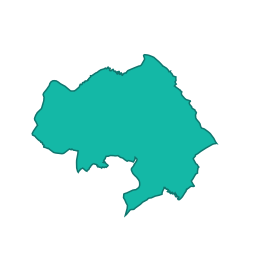 the district of Non Thai, Nakhon Ratchasima, Thailand, rotated 222°
{"feature_id": "78962969B14753651258608", "entity_name": "Non Thai", "entity_type": "district", "adm_level": 2, "iso_a3": "THA", "parent_name": "Thailand", "parent_adm1": "Nakhon Ratchasima", "projection": "mercator", "projection_center": [102.011, 15.192], "detail": "fine", "context": "isolated", "style": "filled", "palette": "teal", "viewbox_px": 256, "rotation_deg": 222, "n_neighbors": 0, "source": "geoboundaries", "source_scale": "gbopen_adm2", "svg_char_len": 5752}
<svg xmlns="http://www.w3.org/2000/svg" viewBox="0 0 256 256"><g transform="rotate(222 128 128)"><path d="M51.8,175.9L53.7,176.3L57.3,177.7L62.7,178.8L64.2,178.9L66.5,178.8L70.2,178.4L71.1,178.2L73.2,177.2L74.0,177.3L75.1,177.8L77.2,179.2L78.9,179.7L83.0,180.3L84.4,180.8L86.6,182.9L87.1,184.4L87.3,184.6L87.4,185.1L88.7,185.6L89.7,185.7L90.4,186.2L91.2,186.1L91.9,185.7L92.4,185.8L94.3,185.7L94.9,186.4L97.9,186.8L99.1,187.4L99.7,188.5L99.5,189.5L99.9,189.8L103.9,188.0L105.8,187.9L109.8,188.4L110.8,188.9L111.9,189.8L112.1,190.8L113.9,190.7L114.0,191.0L114.5,191.1L115.5,190.8L116.9,190.8L117.8,190.6L119.4,190.6L119.9,190.3L121.1,190.5L121.6,190.3L121.8,190.9L121.5,192.9L122.9,193.2L123.9,193.8L124.1,195.4L126.1,197.3L126.5,198.0L129.2,196.8L132.1,197.8L133.4,197.7L134.0,198.0L134.3,198.0L134.5,198.5L135.2,197.3L136.7,197.9L139.3,198.2L143.4,197.5L143.8,197.2L144.2,197.5L149.0,197.9L156.0,197.8L157.4,197.4L161.1,196.0L162.5,195.2L164.7,193.6L165.0,193.0L164.8,192.2L162.5,190.9L161.8,190.3L161.5,189.7L160.3,184.2L160.3,183.1L160.7,182.1L161.3,181.4L163.4,177.2L166.3,171.0L166.5,170.4L166.5,168.6L166.2,167.7L166.9,167.1L167.2,166.3L167.5,166.1L167.5,165.0L167.8,164.7L167.4,163.5L167.8,163.3L168.4,164.1L169.0,163.7L169.4,164.3L169.8,164.4L169.9,163.9L170.3,163.7L170.1,163.4L169.7,163.4L169.6,163.1L169.9,162.9L170.0,162.4L170.5,162.3L171.5,162.9L171.2,163.2L171.3,163.5L171.7,163.6L172.2,164.0L172.6,164.0L172.7,163.7L172.4,163.2L173.6,162.6L173.7,162.4L172.8,162.0L172.6,161.6L172.0,161.5L171.9,161.2L172.1,161.0L172.7,160.9L173.6,161.7L174.3,161.2L175.3,161.8L175.6,161.7L175.7,161.2L176.2,160.8L178.3,161.6L178.8,160.7L178.7,160.2L178.8,159.4L179.6,158.6L180.2,158.5L180.6,158.8L180.8,160.0L181.2,160.4L182.0,160.0L182.4,159.4L183.5,159.9L183.7,159.3L183.4,158.3L183.7,158.1L183.8,157.5L184.9,157.4L185.4,155.8L187.1,153.1L187.9,150.3L188.0,149.0L188.8,147.2L189.9,142.5L190.8,141.8L190.0,140.9L190.2,138.5L189.7,137.2L190.1,137.0L189.9,136.0L190.1,135.4L190.9,134.7L191.2,134.3L191.3,133.8L191.0,133.6L190.9,132.6L191.5,132.4L191.8,131.9L191.8,131.4L192.0,131.2L191.9,130.9L191.4,129.3L191.9,128.9L192.5,128.8L192.7,128.5L192.2,127.0L191.7,126.2L191.7,125.4L192.2,121.3L192.7,119.6L194.7,117.7L195.7,117.1L202.6,116.9L208.1,115.6L210.4,115.5L212.8,115.0L214.5,113.8L215.5,112.7L216.1,110.8L215.8,108.7L214.9,106.9L214.3,102.4L214.1,98.1L213.8,96.9L213.4,96.0L210.7,94.5L210.4,93.9L209.7,93.1L208.7,91.7L205.3,84.6L205.7,78.7L205.2,76.5L205.2,76.0L204.1,73.2L203.7,72.4L202.7,71.6L200.1,70.8L197.0,69.5L197.0,68.3L196.2,62.4L195.9,61.4L195.5,59.8L194.2,58.9L193.7,59.1L191.5,59.7L190.2,59.4L187.3,59.2L185.1,59.3L184.4,59.7L183.3,59.1L182.9,59.5L182.2,59.8L181.8,59.4L181.5,59.6L181.1,59.4L181.0,59.1L180.2,58.7L178.9,59.0L178.3,58.3L178.2,57.8L177.8,57.5L177.6,57.8L177.1,57.8L176.5,58.2L173.9,59.1L173.7,59.3L173.7,59.5L167.8,60.0L166.7,60.2L165.0,61.1L159.9,64.7L159.1,65.7L158.7,66.6L157.5,73.2L155.7,73.8L155.6,74.8L153.6,75.1L152.7,75.8L150.5,77.0L150.2,77.5L149.8,77.6L148.1,75.4L144.7,69.8L143.1,67.9L139.4,64.0L136.5,62.1L135.3,61.8L135.6,63.4L135.5,64.5L135.8,65.2L134.8,67.9L132.5,68.0L131.6,67.9L130.6,68.0L129.6,68.4L129.9,68.9L129.9,69.3L129.4,70.7L129.6,71.9L130.0,72.6L129.9,74.1L130.2,74.7L130.2,76.5L129.9,77.8L129.4,78.7L128.3,79.0L127.5,79.6L126.5,79.8L126.3,79.8L126.3,79.4L124.6,78.9L124.4,79.7L123.4,79.5L122.1,80.4L120.9,80.6L121.1,81.0L121.0,81.8L120.6,81.8L120.5,81.7L120.2,81.9L119.8,82.6L119.0,82.9L118.8,83.9L117.8,84.3L117.8,85.4L117.6,85.8L117.8,86.9L120.6,86.8L122.3,87.2L122.6,86.2L123.4,85.8L123.5,87.5L124.2,87.5L124.4,88.5L124.4,90.0L124.7,90.3L125.3,92.3L123.8,93.8L122.8,95.7L120.4,97.7L118.9,98.7L116.9,100.8L113.9,101.1L112.9,101.7L111.2,102.3L109.8,102.2L106.6,102.7L106.3,102.9L106.1,103.8L105.7,104.2L103.2,105.6L101.3,106.3L101.9,109.4L102.4,109.8L103.1,111.0L102.5,111.0L100.5,110.9L100.0,110.4L99.4,108.8L99.5,108.6L99.2,107.1L99.1,105.3L98.9,105.3L98.5,103.7L98.4,102.6L98.3,100.3L97.5,99.1L95.9,98.3L93.9,97.5L91.4,97.2L88.7,97.2L85.2,96.5L84.1,96.1L83.1,95.4L81.8,94.2L80.8,92.9L80.3,91.6L80.2,90.7L80.8,87.6L82.8,85.1L85.4,79.0L86.7,76.8L86.9,76.1L84.7,73.2L82.1,72.4L79.1,71.0L77.0,70.3L76.5,70.0L74.8,67.7L71.5,61.2L71.3,62.7L71.6,68.5L71.1,69.5L69.6,71.0L69.2,71.6L69.0,73.7L67.7,79.6L67.5,82.7L65.8,87.5L65.8,89.2L65.5,89.9L63.9,91.8L62.2,95.6L60.0,98.7L58.4,101.5L59.3,102.7L59.7,103.4L60.3,105.1L60.7,106.7L61.4,108.0L60.9,108.4L60.6,108.0L60.4,108.5L60.0,108.4L60.0,108.1L58.9,108.2L58.5,108.6L58.2,108.4L57.6,108.9L56.9,109.1L56.3,108.1L56.0,108.1L56.1,107.7L55.9,107.8L55.8,107.6L56.0,107.4L55.9,107.2L54.8,107.7L55.1,108.1L54.5,108.7L54.6,109.0L54.3,108.9L54.2,108.5L53.5,107.9L53.2,108.0L53.1,107.8L52.5,107.8L52.4,108.0L52.7,108.4L52.7,108.8L52.3,109.2L52.2,109.7L51.9,109.6L51.8,109.1L50.9,108.8L50.7,109.2L50.4,109.4L50.4,109.7L50.2,110.2L49.8,110.0L49.7,110.3L49.3,110.2L49.3,110.5L49.1,110.6L48.6,109.8L48.3,110.4L48.6,110.8L48.1,110.6L48.1,110.9L47.8,111.0L47.6,110.9L47.5,110.4L46.9,110.2L47.2,109.3L47.6,109.2L47.1,109.1L46.5,109.6L46.4,109.5L46.3,109.0L46.1,109.0L45.7,109.7L45.7,110.2L45.5,110.5L44.5,110.2L44.0,110.5L43.9,110.0L43.6,109.7L43.9,109.1L43.9,108.9L43.8,108.7L43.4,108.7L43.0,108.4L42.6,108.5L41.8,109.3L41.6,111.2L41.6,113.3L42.5,118.5L42.5,119.5L43.4,121.4L43.1,121.4L43.1,122.8L42.8,123.6L42.4,126.1L42.1,126.9L40.2,128.4L39.9,128.9L39.9,129.2L40.1,129.3L41.6,129.6L45.1,130.8L45.5,131.1L45.7,133.4L46.8,138.7L46.8,139.3L46.2,141.0L47.4,142.3L48.6,144.2L49.2,144.7L49.1,146.1L49.5,146.5L50.4,146.5L52.1,147.1L53.5,146.9L54.0,147.0L58.8,148.7L59.1,149.1L59.2,152.2L59.8,152.9L59.8,153.6L59.5,154.0L59.0,155.8L58.3,159.4L56.7,165.2L54.3,172.4L53.6,173.7L52.7,174.7L52.2,175.7L51.8,175.9Z" fill="#14b8a6" stroke="#0f766e" stroke-width="1.5"/></g></svg>